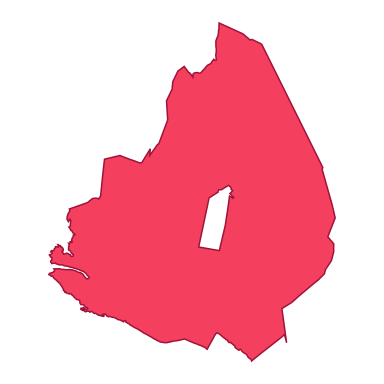 the district of San Pedro Tapanatepec, Oaxaca, Mexico
{"feature_id": "50627088B78026190251836", "entity_name": "San Pedro Tapanatepec", "entity_type": "district", "adm_level": 2, "iso_a3": "MEX", "parent_name": "Mexico", "parent_adm1": "Oaxaca", "projection": "equal_earth", "projection_center": [-94.317, 16.304], "detail": "fine", "context": "isolated", "style": "filled", "palette": "rose", "viewbox_px": 384, "rotation_deg": 0, "n_neighbors": 0, "source": "geoboundaries", "source_scale": "gbopen_adm2", "svg_char_len": 5791}
<svg xmlns="http://www.w3.org/2000/svg" viewBox="0 0 384 384"><path d="M322.8,167.5L261.8,44.4L261.4,44.4L261.2,43.9L252.1,39.5L250.0,39.9L243.0,33.9L219.1,23.0L219.0,25.0L219.0,28.4L218.5,30.5L218.5,31.7L218.2,35.0L215.9,40.8L215.9,46.3L216.3,49.3L216.2,52.7L215.8,54.5L215.8,55.4L216.3,59.4L216.1,60.2L215.8,60.5L215.2,60.3L214.5,59.9L213.8,59.3L211.5,62.3L210.9,63.5L209.8,64.1L208.1,64.9L207.3,65.5L206.4,66.4L205.3,67.7L204.8,68.6L203.3,69.9L201.2,72.4L200.3,73.2L199.4,73.2L197.7,72.6L195.2,72.7L193.9,73.2L193.1,73.9L192.9,77.2L190.8,74.2L189.9,73.1L188.9,72.5L188.4,72.4L188.2,71.8L184.2,66.4L177.9,71.1L172.8,81.7L172.1,89.2L166.5,100.8L167.7,119.9L158.7,144.0L157.7,144.3L149.7,155.5L150.3,148.8L141.7,162.8L139.5,162.8L133.6,160.6L128.0,158.7L119.9,155.5L104.5,159.2L102.5,177.1L100.6,196.1L98.7,198.9L98.5,198.6L95.9,198.1L92.5,198.5L87.5,202.6L69.3,209.0L69.9,210.8L68.2,213.5L67.5,215.4L67.1,217.2L67.0,219.5L67.6,220.1L68.0,221.1L68.4,221.7L69.6,220.0L70.0,219.2L70.5,220.0L70.8,221.3L70.4,223.6L70.3,225.6L70.0,226.3L69.4,226.9L68.9,227.1L69.7,228.0L71.0,230.6L71.9,230.8L72.3,231.6L72.6,232.3L73.0,232.9L75.0,234.2L74.8,234.9L74.3,235.1L73.2,235.2L73.4,236.1L73.1,236.9L72.4,237.6L71.8,239.4L71.7,240.2L72.1,241.9L72.1,242.3L71.8,242.4L71.5,242.2L70.9,241.6L70.1,241.7L70.1,243.0L69.9,243.1L69.3,243.3L68.6,243.3L69.1,243.9L69.2,244.4L68.9,245.2L68.5,248.2L68.5,249.1L68.6,249.9L68.8,250.2L69.6,250.3L69.9,250.6L71.7,253.2L72.7,253.9L72.7,254.3L73.3,254.8L73.3,255.6L72.7,256.3L72.0,256.5L71.2,256.4L70.7,255.9L70.6,254.8L70.3,254.6L69.5,254.5L66.9,253.1L66.5,253.4L65.6,253.5L64.7,254.0L63.9,254.2L63.7,254.1L63.0,252.8L62.1,252.0L62.1,251.3L63.3,250.7L63.4,250.2L63.3,249.5L62.9,248.3L62.6,247.9L62.1,247.7L61.5,246.9L60.5,246.7L60.4,246.3L60.5,246.0L60.4,245.7L59.9,245.8L59.1,245.5L58.6,244.8L57.7,244.6L57.8,244.9L58.4,245.4L58.6,245.9L58.4,246.8L58.1,247.2L56.4,246.6L55.6,246.7L55.2,247.7L54.3,249.0L54.0,249.5L53.9,250.2L53.7,250.5L52.8,250.8L51.7,250.6L51.0,251.2L50.8,251.6L50.7,251.9L51.7,251.8L52.0,252.4L52.1,252.8L51.9,253.3L51.4,254.0L51.1,254.3L50.4,254.7L49.5,254.7L49.3,254.9L50.4,256.4L50.4,256.8L50.7,257.1L51.3,257.0L51.7,257.3L52.0,257.9L51.8,259.5L51.5,260.3L51.1,260.8L50.7,261.0L50.7,261.7L50.9,262.4L51.3,262.8L51.7,263.6L53.2,263.3L55.1,263.2L56.4,263.9L57.9,264.3L58.1,264.5L59.3,264.8L60.0,264.9L61.0,264.7L62.8,265.0L63.3,265.4L64.6,265.9L67.1,266.1L68.6,266.5L69.9,267.1L70.7,267.1L74.7,268.3L76.0,268.5L78.0,269.4L78.7,269.6L79.7,270.1L80.4,270.3L81.3,270.8L83.4,271.4L85.4,273.0L85.8,273.1L86.8,274.7L88.8,276.8L89.0,277.4L88.8,278.4L87.6,278.6L87.1,278.9L86.7,279.0L85.3,277.4L84.3,276.5L83.4,274.8L82.8,274.1L81.3,273.1L79.9,272.5L79.4,272.4L78.7,272.6L76.7,271.3L74.6,270.5L74.1,270.5L72.4,269.9L69.8,269.7L69.2,269.5L68.6,269.7L65.6,269.7L64.3,269.4L61.3,269.3L59.5,268.7L57.4,268.9L56.2,268.8L53.9,268.9L54.3,269.4L54.5,270.0L54.6,270.5L54.3,271.2L53.9,271.6L53.6,271.6L53.3,272.2L49.5,273.4L48.8,274.5L49.0,274.8L49.6,274.7L50.8,275.9L51.2,275.9L51.5,276.2L52.1,276.0L52.5,276.2L53.4,277.3L53.7,277.9L54.3,278.6L55.5,279.4L58.5,282.4L59.7,283.4L63.4,289.0L63.3,290.2L64.6,291.3L64.8,292.2L65.1,292.4L65.4,291.9L66.1,292.3L66.7,293.1L67.5,293.5L69.1,293.7L69.6,294.0L70.3,293.9L71.3,294.0L71.9,295.0L72.8,295.6L74.7,297.7L76.6,299.5L78.2,299.7L79.4,300.4L79.9,301.2L79.8,302.2L80.1,303.5L80.9,304.6L83.4,304.7L84.8,306.1L85.5,307.2L87.6,308.0L87.8,308.4L87.1,308.9L86.8,309.6L86.2,309.5L85.5,309.2L83.7,307.8L83.5,307.5L83.2,307.4L83.0,307.6L82.9,308.5L83.3,309.2L84.2,309.5L84.2,310.1L83.9,310.2L83.5,310.0L82.2,308.6L81.8,308.4L81.6,308.6L81.0,308.2L80.8,308.4L80.8,309.0L81.0,309.4L81.4,309.8L83.0,310.5L84.4,310.8L84.7,311.3L85.1,311.6L85.7,311.8L86.1,311.7L86.8,311.2L88.4,311.2L88.9,311.2L89.9,312.2L91.5,311.4L92.8,312.2L93.8,313.3L94.3,313.4L95.1,313.3L96.1,313.6L97.4,314.6L98.2,314.8L98.6,315.3L99.0,315.2L99.6,315.3L100.4,315.7L101.6,315.9L102.8,316.4L103.6,316.4L103.9,316.1L104.1,315.6L103.9,315.3L103.5,315.4L102.5,315.2L102.2,314.8L103.4,314.2L104.7,314.0L105.4,314.2L105.9,314.5L106.6,315.8L108.3,316.8L109.3,316.4L111.9,317.1L114.4,317.6L116.7,318.7L117.4,319.4L118.3,319.7L120.4,320.0L121.1,320.6L122.0,320.8L123.0,321.7L123.4,321.8L123.8,321.6L124.1,320.8L124.9,321.0L125.6,320.8L125.9,322.1L126.6,322.3L127.7,323.3L128.8,323.5L129.3,324.2L130.1,325.0L131.3,325.4L131.7,325.8L132.2,325.9L132.3,326.2L133.6,327.0L137.1,328.8L142.6,332.1L143.5,332.9L146.8,334.5L149.1,335.9L149.4,335.9L150.4,336.7L151.3,337.0L153.8,338.7L155.8,339.6L156.7,340.3L158.3,340.9L159.6,341.7L161.4,342.2L164.2,342.6L165.8,342.7L167.8,342.5L168.9,342.1L170.3,342.0L171.4,341.6L174.0,341.0L177.6,340.6L184.5,339.0L186.8,339.9L193.4,342.8L196.1,343.7L199.6,345.2L200.5,345.3L202.6,346.5L203.4,346.7L203.9,347.0L204.7,347.2L207.1,349.3L210.2,343.6L211.1,342.1L213.6,337.6L214.2,336.2L215.8,333.8L216.8,332.9L219.5,334.0L223.2,337.3L225.2,338.7L226.0,339.6L227.2,340.0L228.5,342.1L229.1,342.6L230.3,342.4L230.8,342.6L231.1,343.1L232.1,343.6L233.4,345.0L233.9,345.2L234.7,345.7L235.0,346.5L235.0,347.3L235.7,348.0L238.7,350.2L239.3,350.0L239.6,349.6L240.3,349.3L241.1,349.9L242.0,351.3L243.5,352.6L246.7,354.5L247.3,356.0L248.1,356.9L248.4,357.6L251.0,359.4L251.6,361.0L260.0,354.1L279.5,338.8L284.1,335.0L284.5,335.3L284.9,335.9L285.0,336.7L286.0,340.2L286.6,342.8L281.9,308.6L291.7,302.5L299.1,295.9L314.6,282.8L317.9,280.3L324.4,273.8L325.5,269.6L331.4,260.7L333.7,251.9L333.7,243.8L327.8,236.8L335.2,217.9L332.2,205.0L322.2,169.6L322.8,167.5ZM229.9,193.6L233.7,197.5L233.4,197.8L233.1,198.3L232.7,198.1L229.5,196.1L228.0,207.5L225.2,225.7L219.3,250.6L198.7,247.0L209.1,197.9L218.1,192.1L218.0,191.4L218.6,189.9L221.5,189.7L228.6,185.3L231.3,187.9L231.1,189.2L232.6,190.7L229.9,193.6Z" fill="#f43f5e" stroke="#9f1239" stroke-width="1.5"/></svg>